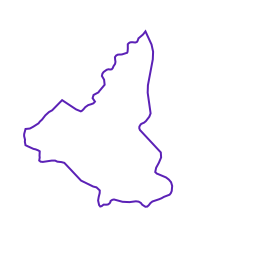 map outline of Valga (Mercator projection), rotated 222°
{"feature_id": "EST-2349", "entity_name": "Valga", "entity_type": "County", "adm_level": 1, "iso_a3": "EST", "parent_name": "Estonia", "parent_adm1": "", "projection": "mercator", "projection_center": [26.16, 57.869], "detail": "fine", "context": "isolated", "style": "outline", "palette": "violet", "viewbox_px": 256, "rotation_deg": 222, "n_neighbors": 0, "source": "natural_earth", "source_scale": "10m", "svg_char_len": 1731}
<svg xmlns="http://www.w3.org/2000/svg" viewBox="0 0 256 256"><g transform="rotate(222 128 128)"><path d="M63.1,117.0L59.7,116.5L56.4,114.5L53.4,110.5L52.6,108.3L52.5,106.5L52.5,106.2L55.2,100.9L56.1,98.2L57.2,95.9L60.7,89.7L61.1,87.3L60.9,84.7L61.1,82.5L62.4,81.1L66.1,80.5L68.3,80.9L70.8,80.4L73.1,78.8L77.3,73.9L82.7,69.5L90.6,65.5L91.6,64.1L92.1,62.2L91.4,60.7L91.3,59.5L91.7,57.8L92.8,56.5L94.8,54.8L95.1,53.6L95.3,52.3L96.1,51.1L97.9,51.4L101.7,54.1L103.6,57.1L105.5,60.7L107.2,62.7L111.7,62.8L114.7,61.2L127.7,57.5L152.0,59.5L154.7,58.1L158.0,55.7L160.4,55.0L162.9,52.7L168.6,45.8L170.4,44.5L172.2,44.4L173.8,46.9L175.2,48.2L178.0,51.6L179.7,51.3L182.4,50.3L184.3,49.2L192.6,46.6L195.4,48.7L196.7,50.4L199.8,52.5L201.1,54.0L203.5,58.7L200.6,61.9L200.2,62.9L199.2,65.8L197.6,71.6L197.8,73.8L197.5,76.7L197.9,82.1L197.4,87.0L196.2,90.4L195.6,104.6L179.0,107.1L174.2,108.8L173.7,110.2L173.6,112.4L173.7,114.9L172.9,118.4L171.2,121.2L170.2,123.2L170.2,125.5L174.3,126.5L175.7,129.5L173.8,134.7L174.0,136.0L174.3,144.5L178.1,147.9L182.2,149.2L183.4,151.3L183.6,153.3L182.8,157.0L181.8,158.6L180.4,159.5L179.4,160.7L179.4,162.2L180.1,164.2L180.5,167.0L181.6,168.8L183.3,170.2L185.1,171.9L185.3,174.0L184.6,175.8L181.8,178.5L179.0,183.3L179.3,184.3L181.1,186.7L184.2,190.1L184.2,191.5L183.7,193.1L182.4,194.5L179.8,196.4L179.0,197.8L179.1,198.9L179.7,200.5L180.2,201.6L179.4,207.6L179.7,211.5L168.3,206.6L166.4,205.8L160.4,201.5L155.5,195.6L141.8,173.1L137.0,167.4L121.0,154.0L119.7,150.6L119.3,145.0L119.7,142.5L120.5,140.9L121.0,139.3L120.5,136.7L119.5,135.4L117.8,134.5L87.3,131.8L83.7,128.3L81.8,122.8L80.5,117.3L78.3,113.5L76.1,113.4L74.5,114.0L66.7,116.7L63.1,117.0Z" fill="none" stroke="#5b21b6" stroke-width="2"/></g></svg>